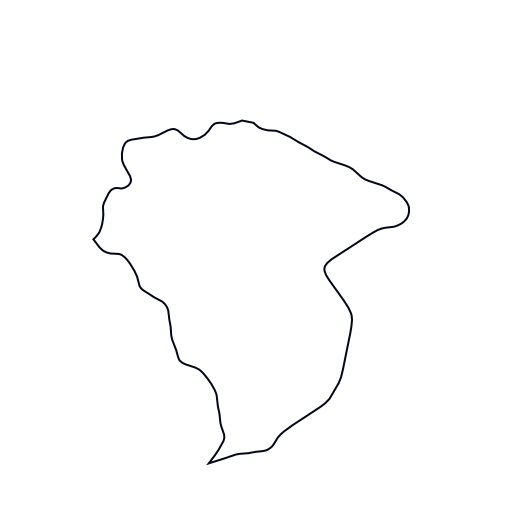 outline of Las Guaranas, Duarte, Dominican Republic, rotated 146°
{"feature_id": "3306468B34554561821271", "entity_name": "Las Guaranas", "entity_type": "district", "adm_level": 2, "iso_a3": "DOM", "parent_name": "Dominican Republic", "parent_adm1": "Duarte", "projection": "mercator", "projection_center": [-70.215, 19.194], "detail": "fine", "context": "isolated", "style": "outline", "palette": "ink", "viewbox_px": 512, "rotation_deg": 146, "n_neighbors": 0, "source": "geoboundaries", "source_scale": "gbopen_adm2", "svg_char_len": 2407}
<svg xmlns="http://www.w3.org/2000/svg" viewBox="0 0 512 512"><g transform="rotate(146 256 256)"><path d="M204.2,380.3L208.6,384.5L211.7,386.9L215.0,388.5L216.7,388.8L219.8,388.4L225.6,386.2L231.0,385.1L236.7,385.4L240.4,386.5L243.4,388.4L244.8,389.7L246.9,392.5L248.4,395.7L250.6,403.8L252.4,406.6L253.7,407.6L255.2,408.4L258.5,409.4L269.7,410.9L273.4,411.9L276.7,413.4L283.0,416.9L294.1,422.0L297.2,423.0L298.9,423.1L300.7,422.9L302.4,422.2L305.6,420.2L309.7,416.1L313.0,411.1L313.8,409.2L314.7,405.4L315.8,392.4L316.9,389.2L318.0,387.9L319.4,386.8L321.0,386.2L322.6,385.8L325.8,385.9L328.7,386.7L330.0,387.3L332.9,389.9L335.3,391.3L338.4,391.7L340.1,391.5L343.1,390.4L351.8,385.4L354.5,383.3L355.6,382.0L359.2,376.0L361.6,372.9L365.8,368.4L368.9,365.8L372.2,363.5L374.0,362.7L377.7,361.5L381.5,360.7L380.9,350.7L380.1,346.9L379.4,345.1L377.6,342.1L375.3,339.5L368.8,334.6L367.7,333.4L366.7,331.9L365.5,328.3L364.9,324.4L364.7,320.2L365.1,311.6L366.1,305.5L369.4,295.9L369.3,292.8L368.3,289.8L363.4,278.5L359.3,270.8L358.4,267.2L358.4,263.5L359.2,259.9L363.2,252.2L366.3,245.2L370.8,237.3L372.2,233.8L374.8,222.6L376.9,216.3L377.7,213.3L377.7,211.7L376.7,208.4L374.8,205.3L368.9,197.7L366.9,194.2L366.2,192.3L365.3,188.1L364.7,181.7L364.6,175.1L365.1,168.6L365.9,164.4L366.6,162.4L371.6,152.8L374.5,145.7L378.7,137.8L380.0,134.4L382.3,125.8L384.0,122.9L386.6,120.7L395.5,116.2L401.2,113.9L411.1,110.5L396.6,106.2L383.8,102.7L380.5,101.3L372.6,96.8L365.7,93.8L359.6,90.5L356.3,89.2L354.5,88.9L350.8,88.9L349.0,89.2L345.7,90.4L339.5,93.3L335.5,94.3L331.3,94.9L320.5,95.3L287.5,94.9L281.1,95.2L274.9,96.5L258.3,104.5L253.2,108.0L246.9,113.8L220.4,139.9L216.0,144.6L212.0,149.5L210.0,153.2L209.3,155.3L208.3,161.6L208.1,170.4L208.8,194.8L208.6,200.9L207.7,204.7L207.0,206.4L205.8,207.9L204.3,209.1L200.8,210.4L194.9,211.0L153.7,210.3L145.1,209.9L140.8,209.5L136.8,208.6L133.2,207.2L125.2,203.1L121.5,202.1L117.7,201.6L113.8,201.8L110.0,202.8L106.8,204.7L104.2,207.3L102.2,210.5L101.5,212.3L100.9,216.2L101.3,222.1L102.3,225.9L103.0,227.6L107.4,235.5L109.9,240.7L111.9,244.1L120.7,255.4L122.9,258.8L124.4,262.4L127.2,273.6L128.8,277.2L131.0,280.6L138.5,290.3L140.6,293.6L143.8,300.6L149.1,310.2L152.1,317.3L157.2,326.9L161.1,335.5L167.5,346.1L169.5,348.7L176.1,353.7L179.6,357.5L181.5,360.5L182.2,362.3L183.6,367.8L191.8,376.1L199.7,378.1L204.2,380.3Z" fill="none" stroke="#020617" stroke-width="2"/></g></svg>